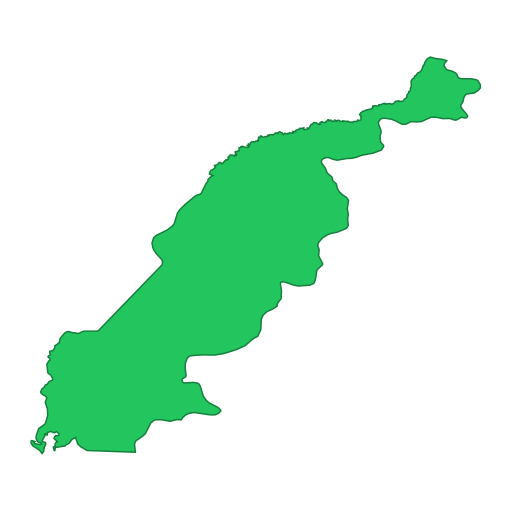 outline of Codajás, Amazonas, Brazil, rotated 92°
{"feature_id": "56859067B38130670878820", "entity_name": "Codajás", "entity_type": "district", "adm_level": 2, "iso_a3": "BRA", "parent_name": "Brazil", "parent_adm1": "Amazonas", "projection": "equal_earth", "projection_center": [-63.147, -3.128], "detail": "fine", "context": "isolated", "style": "filled", "palette": "green", "viewbox_px": 512, "rotation_deg": 92, "n_neighbors": 0, "source": "geoboundaries", "source_scale": "gbopen_adm2", "svg_char_len": 6066}
<svg xmlns="http://www.w3.org/2000/svg" viewBox="0 0 512 512"><g transform="rotate(92 256 256)"><path d="M414.5,288.0L412.2,285.8L410.9,286.1L408.6,288.8L404.5,297.6L402.1,300.6L397.7,303.9L388.0,307.1L385.7,308.7L385.0,310.3L384.5,314.3L385.4,323.2L384.7,325.0L382.2,325.6L381.3,325.2L379.2,322.0L378.0,321.7L370.3,322.9L365.9,322.9L360.1,321.0L358.1,318.4L357.5,314.1L356.7,306.0L356.4,293.6L354.6,284.8L350.4,272.7L346.0,263.7L339.8,257.2L337.6,254.2L336.3,251.5L329.4,248.6L319.0,248.5L314.5,246.6L311.2,243.0L308.3,237.3L305.2,233.0L303.9,233.3L302.6,232.8L297.6,229.4L289.6,229.3L282.9,230.7L281.6,230.4L280.9,228.9L280.9,226.8L283.8,217.2L284.5,212.8L283.3,201.2L281.6,197.6L280.2,196.6L276.8,195.7L268.8,194.8L267.3,194.1L262.5,189.3L261.3,189.1L253.7,193.4L247.4,193.1L243.5,194.7L240.5,194.0L235.8,190.4L232.3,185.3L230.8,181.8L229.4,175.8L225.5,167.1L224.1,165.7L222.2,164.9L215.6,165.7L211.2,165.2L205.8,166.4L197.1,165.5L194.2,167.7L191.7,171.9L188.5,175.4L185.3,177.2L181.2,178.2L178.0,182.0L175.7,182.3L174.0,183.3L170.8,187.6L165.6,189.9L161.0,193.5L159.1,194.0L157.8,193.6L156.6,192.5L155.2,189.5L155.1,186.8L156.7,182.5L157.4,178.1L155.4,168.6L155.0,163.5L153.7,158.7L151.7,154.1L149.0,142.1L145.7,134.4L142.5,132.3L140.9,132.4L138.1,135.2L136.6,135.7L131.9,136.2L128.4,135.4L126.2,135.5L119.4,138.3L117.8,138.3L114.7,136.2L114.0,134.0L113.9,131.1L114.6,125.4L116.1,121.2L119.0,115.1L119.3,113.5L118.9,110.5L116.3,105.8L116.4,99.8L115.8,95.3L111.1,85.7L111.1,80.4L112.2,73.7L111.8,67.3L113.3,61.7L112.9,60.0L110.2,55.7L110.8,51.9L110.4,50.2L109.0,49.4L107.7,49.9L100.3,56.4L98.6,56.6L93.8,54.3L90.9,54.0L87.6,52.3L86.7,50.9L85.5,43.7L82.9,39.9L80.3,37.7L76.9,37.8L72.9,40.5L72.1,42.1L71.4,47.0L71.6,56.8L71.1,59.4L70.0,60.5L66.9,61.9L65.9,63.3L64.2,67.0L63.4,71.3L62.6,72.6L58.8,74.9L57.2,74.4L54.1,72.2L53.0,76.6L52.3,83.7L51.1,88.8L52.8,91.6L55.9,93.7L59.5,94.9L59.7,95.5L64.4,96.9L66.6,98.9L67.6,100.9L69.9,102.3L70.5,103.6L72.5,104.1L73.9,106.1L75.8,107.1L81.1,106.7L82.9,107.5L85.4,107.5L86.4,109.1L87.7,109.0L89.7,110.7L92.6,111.0L93.7,112.7L96.3,114.9L96.6,118.5L96.2,118.3L96.0,119.0L96.5,122.0L98.8,123.6L99.6,126.1L98.9,127.1L99.7,132.1L99.2,132.0L98.9,132.8L99.6,135.1L100.4,136.1L100.3,137.6L100.6,138.4L101.0,138.1L102.1,139.6L101.6,141.4L101.9,144.3L102.3,144.7L103.0,144.1L103.8,145.0L104.8,145.2L106.3,151.2L107.4,152.5L107.4,153.8L109.3,156.4L111.3,157.5L112.2,155.6L113.8,156.2L114.7,155.7L116.3,156.0L117.0,157.6L116.5,159.0L117.9,159.8L118.3,163.5L119.3,164.2L118.8,165.8L118.9,168.1L118.0,168.9L118.4,169.5L117.9,173.9L118.5,173.8L118.6,175.1L118.1,177.2L117.5,177.8L117.6,179.1L118.6,180.4L118.0,180.5L117.4,182.0L118.1,182.1L118.9,183.8L118.4,184.1L118.7,184.7L118.5,185.6L117.6,185.9L118.2,188.1L117.3,188.2L117.4,189.0L118.1,189.1L119.2,190.9L119.8,190.8L120.2,191.4L120.1,194.5L119.5,194.6L119.5,195.2L120.5,196.7L121.1,197.0L122.0,196.3L122.5,197.4L120.7,200.7L120.6,203.0L122.0,204.0L122.6,205.6L126.4,207.3L126.3,209.0L127.2,208.6L128.1,212.2L127.3,212.4L127.0,213.8L126.4,213.3L127.1,215.9L126.8,216.7L127.6,217.2L129.2,220.8L130.3,220.7L130.3,222.9L130.7,222.5L131.2,223.0L130.8,223.6L131.2,223.9L131.8,223.3L132.2,224.1L131.6,226.9L132.1,227.1L132.6,227.8L132.4,228.4L132.9,228.5L132.9,229.9L132.3,231.3L132.5,232.0L133.8,232.7L132.8,234.1L132.1,234.1L131.0,236.6L131.5,237.7L132.5,238.1L132.9,238.8L132.3,239.2L132.5,241.2L133.6,241.7L134.0,242.5L134.6,243.8L134.1,244.1L134.3,246.3L134.9,248.3L135.4,247.6L136.4,249.7L136.3,251.3L136.8,251.8L137.0,253.5L136.1,254.3L135.9,255.8L137.6,256.3L137.2,257.6L140.4,257.5L140.3,258.3L141.1,258.2L141.1,260.0L142.0,261.1L141.9,263.9L143.2,265.7L144.8,265.8L145.1,266.5L144.3,267.5L145.6,267.7L145.8,268.4L146.9,266.7L147.8,267.6L147.6,271.3L146.8,273.3L147.2,274.7L147.9,274.3L148.2,274.9L148.3,276.6L151.5,276.7L151.8,278.3L152.4,278.3L152.3,279.9L152.7,280.5L154.4,280.0L154.8,279.3L155.4,279.3L155.6,280.3L156.1,280.1L156.0,279.2L156.4,279.5L156.8,280.8L156.0,282.7L155.9,285.4L157.9,286.8L158.4,286.6L158.5,287.4L160.3,287.1L160.8,287.7L160.9,289.4L161.5,289.4L162.1,290.6L164.7,292.6L165.0,293.9L163.8,294.4L163.8,296.0L166.1,298.0L167.1,300.7L169.0,299.7L171.5,302.5L171.9,304.1L174.6,305.3L175.9,305.3L177.2,301.9L179.0,304.7L181.5,306.7L183.0,306.7L185.6,308.6L194.9,312.7L196.1,313.9L197.3,317.4L198.5,319.2L206.4,328.1L212.3,333.7L215.9,336.0L226.6,338.9L228.9,340.6L233.0,345.5L238.9,356.4L241.3,358.9L246.5,360.4L250.9,359.5L253.5,358.4L257.5,355.4L263.0,349.9L265.4,349.2L268.1,349.5L336.6,411.4L337.1,425.5L339.6,430.8L338.8,438.2L338.1,439.8L338.1,441.7L338.7,443.2L339.9,444.7L345.1,448.8L350.1,449.8L350.1,450.8L351.5,451.8L352.5,453.8L354.8,453.8L357.6,455.8L358.5,458.8L360.1,458.8L361.3,458.0L362.0,458.3L363.5,460.3L364.3,460.2L365.9,458.3L367.2,458.1L368.0,459.3L371.3,461.2L379.5,460.1L380.5,459.6L382.0,457.1L385.3,455.0L386.6,454.9L387.2,455.2L388.7,458.4L391.9,460.5L392.1,461.9L394.4,463.1L396.3,465.2L399.2,466.5L400.4,466.1L402.3,463.8L403.2,461.6L405.1,460.1L409.5,461.5L416.2,459.1L422.9,458.6L430.5,460.6L431.8,461.6L436.0,467.1L442.8,469.2L445.7,469.5L448.1,468.5L449.7,466.9L450.2,464.3L451.5,463.9L451.9,465.5L451.3,470.6L450.1,471.4L449.1,470.4L448.3,473.7L448.7,474.3L450.9,474.2L453.5,472.5L457.6,465.6L460.9,462.9L458.6,461.4L454.4,460.8L451.1,459.5L449.7,460.0L449.2,462.3L447.9,463.3L442.9,460.6L441.7,461.3L441.1,460.6L441.0,459.8L442.1,459.2L442.1,458.3L439.6,458.1L438.4,454.7L439.4,453.1L439.6,450.8L438.4,449.4L440.5,446.8L441.3,446.6L442.4,447.1L442.4,449.8L443.6,451.0L445.5,451.5L448.3,448.0L448.8,448.0L449.0,449.2L450.4,450.1L453.2,450.1L453.2,450.9L454.3,451.9L457.3,450.9L457.5,450.3L454.4,449.8L452.5,440.1L451.4,439.4L449.7,436.2L445.9,433.7L443.6,430.1L450.2,427.5L452.9,424.3L456.3,417.9L456.3,369.7L448.7,370.8L446.0,370.2L444.8,369.4L439.6,362.5L437.4,360.4L426.5,355.3L423.9,352.4L423.2,350.6L422.9,344.7L424.2,336.2L422.2,329.0L422.4,325.0L419.7,323.3L417.4,320.9L415.8,317.8L414.9,314.1L414.6,312.0L416.3,297.0L416.3,293.0L416.0,290.9L414.5,288.0Z" fill="#22c55e" stroke="#15803d" stroke-width="1.5"/></g></svg>